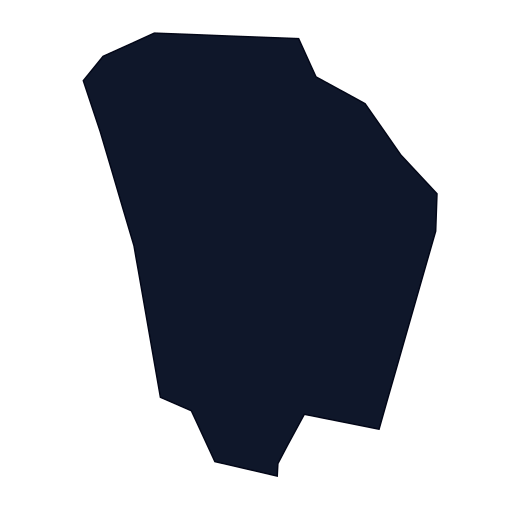 Terschelling, Netherlands, rotated 272°
{"feature_id": "6326949B18188251014258", "entity_name": "Terschelling", "entity_type": "district", "adm_level": 2, "iso_a3": "NLD", "parent_name": "Netherlands", "parent_adm1": "", "projection": "mercator", "projection_center": [5.382, 53.344], "detail": "fine", "context": "isolated", "style": "filled", "palette": "ink", "viewbox_px": 512, "rotation_deg": 272, "n_neighbors": 0, "source": "geoboundaries", "source_scale": "gbopen_adm2", "svg_char_len": 730}
<svg xmlns="http://www.w3.org/2000/svg" viewBox="0 0 512 512"><g transform="rotate(272 256 256)"><path d="M425.2,77.3L393.7,89.0L374.9,96.0L337.3,108.6L299.6,121.1L262.0,133.7L250.0,136.2L236.5,139.1L174.2,152.2L111.5,165.4L99.1,196.8L87.9,202.5L49.1,222.1L42.4,256.5L36.8,284.9L49.3,285.1L68.6,294.4L75.0,297.6L99.5,309.8L95.4,334.9L91.7,357.7L87.2,385.0L118.5,392.7L149.7,400.5L187.2,409.8L224.6,419.1L255.9,426.9L287.1,434.7L324.5,434.7L343.2,416.0L362.0,397.2L387.0,378.5L394.3,373.0L412.0,359.7L424.6,334.7L424.8,334.2L437.1,309.7L449.7,303.4L462.2,297.2L474.7,291.0L474.8,254.9L474.9,218.8L475.1,182.7L475.2,146.6L467.4,131.0L466.4,129.0L450.2,96.2L425.2,77.3Z" fill="#0f172a" stroke="#020617" stroke-width="1.5"/></g></svg>